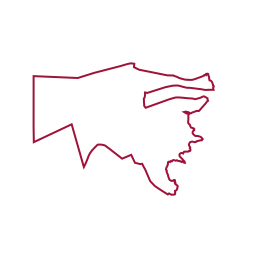 Anoamaa East, Atua, Samoa, rotated 73°
{"feature_id": "51752279B65855420318415", "entity_name": "Anoamaa East", "entity_type": "district", "adm_level": 2, "iso_a3": "WSM", "parent_name": "Samoa", "parent_adm1": "Atua", "projection": "albers", "projection_center": [-171.579, -13.925], "detail": "fine", "context": "isolated", "style": "outline", "palette": "rose", "viewbox_px": 256, "rotation_deg": 73, "n_neighbors": 0, "source": "geoboundaries", "source_scale": "gbopen_adm2", "svg_char_len": 3412}
<svg xmlns="http://www.w3.org/2000/svg" viewBox="0 0 256 256"><g transform="rotate(73 128 128)"><path d="M114.0,222.2L108.0,180.8L123.2,181.1L139.9,181.4L149.6,181.6L152.4,181.6L149.5,178.9L146.3,176.2L143.4,174.0L141.0,171.7L138.9,168.9L136.8,165.2L135.1,161.9L135.6,159.7L136.6,157.3L138.0,155.1L142.2,152.0L155.6,142.6L154.6,132.8L163.3,131.5L166.0,127.0L166.4,124.9L169.6,124.4L172.6,123.7L174.4,123.5L185.3,122.3L191.5,119.2L198.2,113.7L203.2,109.3L202.6,108.2L202.7,107.7L203.6,106.9L204.5,106.0L204.7,105.0L205.2,103.6L205.0,102.9L205.1,102.5L204.5,102.0L203.9,101.8L202.9,101.8L202.2,101.3L201.9,101.3L201.9,100.7L201.6,99.9L201.0,99.1L200.1,98.5L199.6,98.4L198.7,97.6L197.7,97.5L196.2,98.6L195.1,99.3L194.4,99.3L194.3,98.9L193.8,99.2L193.4,99.1L193.3,98.8L192.7,99.0L192.2,98.5L191.8,98.4L191.3,98.7L191.1,99.2L191.3,100.0L191.6,100.6L191.5,101.4L191.2,102.0L189.9,103.3L188.6,103.6L187.2,103.6L186.2,103.7L184.1,103.5L183.8,103.7L183.0,103.7L181.1,103.9L180.3,103.4L179.9,103.4L179.1,103.8L178.5,103.7L177.5,103.1L176.9,102.6L175.8,101.4L174.8,100.9L174.4,100.4L173.6,100.2L172.4,99.7L172.2,98.9L172.7,98.0L172.4,97.9L172.1,97.1L172.8,95.9L172.7,95.6L172.1,95.2L171.9,94.1L172.5,92.8L173.1,92.2L173.3,91.7L173.1,91.0L173.2,90.6L173.7,90.2L174.7,88.7L174.6,88.3L175.2,87.6L176.0,86.9L175.7,86.5L175.9,85.8L176.4,85.6L177.4,84.6L177.6,84.5L177.9,83.8L176.8,83.7L176.3,84.1L176.0,84.0L175.0,84.7L173.8,84.9L172.8,85.6L170.3,86.8L168.9,86.8L168.0,86.2L167.5,85.2L167.6,83.8L168.3,83.0L168.0,82.9L168.0,82.2L167.2,81.5L167.2,80.5L167.7,79.1L168.2,77.1L168.1,76.4L167.7,76.2L168.0,75.3L167.9,75.0L167.2,74.7L165.5,74.5L165.2,74.7L164.7,74.2L163.8,74.5L162.5,74.7L161.5,74.5L160.6,73.8L159.7,72.7L159.7,70.7L161.1,68.3L161.2,67.3L160.9,67.1L160.8,66.4L160.9,65.4L160.8,65.1L160.9,63.5L160.9,62.6L161.4,61.2L161.1,60.7L160.8,60.7L160.4,59.8L158.5,60.6L157.6,61.3L156.2,63.4L155.7,64.6L155.4,65.8L155.2,66.0L153.0,67.4L151.7,67.7L150.7,67.3L149.0,65.7L149.3,65.3L148.3,64.9L147.8,65.1L147.6,65.5L147.0,66.0L146.0,67.6L144.6,67.9L143.5,67.8L142.7,68.0L142.2,68.4L141.2,68.9L140.4,68.9L139.4,68.6L137.8,67.9L135.4,67.1L134.3,66.9L133.3,66.5L132.8,65.8L131.8,65.8L131.2,66.1L131.5,66.6L131.3,67.7L129.1,69.7L129.2,68.1L130.2,66.2L130.6,65.6L132.3,64.0L132.3,63.3L131.9,61.9L132.0,60.8L131.7,57.3L131.9,56.6L132.3,55.9L132.4,55.1L130.7,52.3L127.3,46.7L125.8,44.8L125.4,43.5L123.4,43.5L122.8,43.3L120.9,45.1L120.3,45.6L119.8,46.5L120.3,50.5L120.2,52.8L120.1,55.3L118.7,57.6L117.4,61.2L115.3,66.2L113.5,70.8L112.7,73.8L112.6,80.5L113.8,105.2L111.7,106.0L108.5,105.3L104.6,104.3L103.9,103.4L103.3,103.0L101.7,102.2L100.7,101.8L100.0,101.7L99.0,101.3L99.7,100.0L100.1,99.4L99.9,80.4L100.6,72.8L101.8,68.3L102.8,66.3L104.4,63.9L106.6,60.2L107.9,56.5L110.0,51.9L112.2,46.9L114.2,43.0L115.0,39.9L115.7,37.6L116.5,35.0L114.6,34.9L114.1,34.5L113.6,33.9L112.9,33.8L112.4,34.3L111.4,34.0L110.7,34.2L109.0,34.1L108.7,34.2L107.1,34.8L106.3,36.1L104.8,36.0L104.1,35.9L103.9,35.7L102.1,35.6L101.5,35.8L100.7,35.6L100.1,35.8L99.7,35.6L99.3,36.1L99.2,37.2L99.9,37.6L99.4,37.9L99.8,38.4L99.7,39.5L100.1,39.6L100.4,42.5L100.8,49.6L100.7,52.6L99.9,55.3L98.5,59.1L97.1,61.5L95.1,64.5L93.6,66.0L91.6,68.7L91.1,69.1L89.8,73.0L89.2,74.9L78.8,94.2L75.6,100.2L71.6,104.5L68.4,103.2L67.0,106.3L66.7,109.0L66.6,113.5L66.6,116.5L65.4,144.0L65.5,161.4L50.8,203.1L99.8,218.1L114.0,222.2Z" fill="none" stroke="#9f1239" stroke-width="2"/></g></svg>